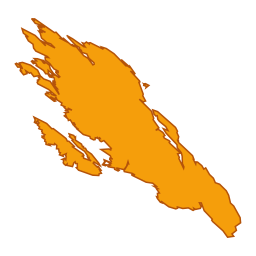 outline of Radøy nor, Norway
{"feature_id": "86288312B30857166423127", "entity_name": "Radøy nor", "entity_type": "district", "adm_level": 2, "iso_a3": "NOR", "parent_name": "Norway", "parent_adm1": "", "projection": "albers", "projection_center": [4.99, 60.666], "detail": "fine", "context": "isolated", "style": "filled", "palette": "amber", "viewbox_px": 256, "rotation_deg": 0, "n_neighbors": 0, "source": "geoboundaries", "source_scale": "gbopen_adm2", "svg_char_len": 5623}
<svg xmlns="http://www.w3.org/2000/svg" viewBox="0 0 256 256"><path d="M240.6,222.8L240.1,217.6L233.7,206.0L230.5,203.1L228.6,195.2L226.3,190.8L219.6,184.2L215.3,182.7L213.4,178.2L209.5,174.5L205.7,167.9L203.8,169.1L201.8,165.6L197.6,162.1L196.0,161.9L195.7,164.0L193.3,159.3L193.9,159.2L192.5,155.6L178.5,142.4L177.9,141.0L179.0,141.5L177.9,140.2L178.7,136.7L176.9,132.6L177.5,131.3L175.5,127.4L157.6,111.6L152.8,109.9L154.1,114.2L155.8,116.0L157.2,115.7L157.8,119.3L159.3,121.3L165.8,126.6L167.9,130.5L163.3,128.7L166.1,133.2L177.0,144.7L177.3,147.8L181.3,152.7L182.2,156.3L182.4,163.6L183.9,166.9L183.6,168.3L178.9,158.6L179.3,157.3L177.6,153.8L179.9,153.3L179.5,152.2L169.8,143.3L169.2,142.4L169.9,141.7L169.1,140.7L164.3,138.1L163.5,136.4L164.9,135.5L162.8,132.4L158.2,129.3L155.7,130.3L158.9,127.9L153.1,119.6L153.7,118.3L151.4,111.2L139.3,99.2L143.2,101.9L145.6,101.0L142.8,95.8L143.2,94.1L138.9,82.3L139.9,81.9L139.5,80.9L130.4,71.0L135.3,74.1L129.8,66.3L129.6,67.3L127.9,66.3L129.2,66.6L121.2,59.5L127.5,65.9L125.8,65.8L114.0,53.7L106.3,48.5L101.6,47.0L103.4,49.3L90.3,42.7L89.0,42.9L89.1,43.9L86.4,42.0L84.4,43.5L82.5,42.9L85.0,46.7L84.1,46.3L84.6,47.2L72.6,38.8L66.6,35.4L69.7,37.5L67.8,36.9L75.8,45.3L79.5,47.5L79.5,48.8L81.4,50.5L81.8,52.3L86.9,54.0L88.9,58.3L94.0,62.7L94.2,64.2L92.9,64.9L88.1,58.4L83.7,55.7L76.7,47.3L71.6,44.2L72.7,45.8L71.3,45.1L63.3,38.2L61.9,38.7L68.6,42.8L60.1,38.3L61.2,37.7L56.0,32.2L54.4,32.6L34.7,18.9L31.4,18.8L35.1,20.4L32.7,20.1L35.3,23.4L41.0,25.1L44.8,27.4L39.2,25.2L38.6,25.8L42.4,28.2L38.0,26.4L39.2,28.7L45.5,32.3L38.9,30.3L42.6,32.8L38.8,31.3L40.2,33.3L41.5,38.0L46.9,42.6L50.7,43.8L55.0,48.0L43.1,41.8L45.7,45.8L35.1,35.4L22.0,28.6L23.4,33.2L28.4,36.9L25.9,36.5L28.4,40.9L33.0,44.2L33.6,48.1L35.8,51.1L47.4,56.5L48.5,57.6L45.1,57.2L45.3,60.0L49.7,63.5L53.8,68.8L58.1,71.1L58.2,72.4L56.1,71.2L55.8,72.5L59.8,76.8L58.8,77.5L53.4,73.4L50.2,68.7L49.4,65.2L42.4,59.8L45.3,63.7L43.7,62.7L43.9,63.5L41.4,60.0L37.3,58.7L34.2,58.6L36.6,60.9L33.8,61.1L34.1,62.2L32.5,60.6L31.4,61.3L33.4,63.7L35.7,63.0L36.9,65.1L36.2,65.6L43.5,70.5L45.7,73.8L47.7,73.8L49.6,76.9L51.4,77.3L48.3,72.8L48.2,70.4L53.8,75.1L50.9,75.0L54.1,77.9L54.7,81.6L55.8,82.6L53.1,80.9L52.8,82.2L56.0,84.6L53.2,84.0L57.0,88.3L54.9,87.6L57.3,90.2L59.2,94.6L50.1,81.3L43.7,78.9L41.1,76.5L38.5,77.3L39.7,79.0L37.6,80.1L38.4,80.6L37.1,82.2L37.9,83.9L48.5,89.4L56.4,96.1L51.7,94.5L50.1,92.4L47.2,92.2L48.3,93.7L46.1,93.2L45.3,94.0L45.6,94.7L54.2,101.3L55.3,101.1L50.3,96.7L55.6,99.4L55.5,97.7L56.1,97.6L57.1,99.9L61.9,103.0L61.1,105.0L64.9,106.8L64.2,107.5L67.0,109.9L65.5,110.4L66.0,110.9L67.1,110.6L68.3,108.3L72.0,110.1L68.2,109.1L67.7,110.6L68.4,112.3L65.1,112.6L66.0,113.1L65.4,114.0L66.5,116.8L63.7,115.4L68.0,118.9L68.4,120.5L70.3,119.9L73.4,125.1L73.9,125.2L72.4,122.9L74.0,122.8L75.0,124.5L74.0,124.8L75.6,126.7L75.1,126.8L78.6,129.4L76.7,128.1L76.5,128.6L83.3,134.5L89.9,136.5L90.4,138.3L93.7,139.9L95.1,139.6L95.3,137.7L97.4,138.2L97.0,136.8L98.2,138.6L99.6,137.7L100.3,138.7L99.1,138.9L99.6,140.6L101.2,141.7L103.9,140.6L111.2,148.3L110.1,149.0L111.4,150.3L108.9,149.0L101.0,149.5L110.3,155.7L111.2,158.2L112.7,159.2L109.9,158.2L109.7,159.5L111.4,161.3L110.8,162.5L104.1,159.8L104.7,161.8L102.4,164.8L105.5,165.8L106.8,164.9L103.6,164.3L105.9,160.8L110.8,163.7L109.0,164.4L110.2,165.2L107.8,166.1L108.3,166.8L114.6,167.9L114.6,169.3L118.1,171.0L119.2,170.3L116.3,167.9L124.0,169.6L126.5,166.3L128.0,161.6L128.6,163.7L127.7,163.4L127.6,164.7L124.0,170.8L124.3,171.6L132.0,173.3L134.5,174.7L134.1,175.7L131.3,174.4L132.2,175.4L146.1,182.2L152.7,183.2L156.3,186.2L153.7,186.2L157.9,188.7L156.5,188.9L159.4,193.0L157.4,193.4L157.8,197.0L156.6,196.7L157.4,198.5L160.3,202.2L161.9,202.8L161.0,201.1L168.8,206.8L175.8,208.9L177.6,208.2L177.4,207.0L182.8,208.5L188.4,207.9L193.1,210.4L194.4,209.6L193.9,208.4L195.5,209.4L200.3,208.4L201.2,206.7L199.4,202.8L201.3,202.9L204.2,210.7L212.3,219.2L211.7,220.1L212.6,221.5L223.0,230.8L227.6,237.2L233.7,236.3L232.0,233.9L236.4,230.4L235.3,226.5L240.6,222.8ZM46.7,123.5L34.0,117.1L35.2,120.0L34.4,122.3L37.9,124.4L35.9,122.3L37.9,120.6L38.3,123.1L39.0,123.1L37.6,125.1L39.6,126.9L38.8,128.6L42.2,130.1L41.7,131.5L42.5,132.5L42.2,133.2L44.9,134.7L43.8,135.7L44.1,136.7L42.1,136.0L42.0,137.3L45.1,139.5L44.7,141.2L46.0,142.0L46.0,144.4L50.1,145.5L49.1,144.1L54.2,144.8L54.6,143.6L56.8,145.4L56.5,148.8L58.6,148.9L59.2,152.4L60.4,152.7L59.4,154.8L63.2,156.3L62.7,155.2L66.2,153.7L65.6,155.7L66.2,156.2L65.8,159.8L64.8,158.4L62.1,159.4L63.8,160.1L63.2,162.8L64.3,164.3L65.7,165.3L67.1,164.0L67.0,165.4L72.5,166.6L73.8,162.9L75.1,161.8L75.7,163.6L77.3,163.6L77.3,167.4L76.3,167.7L78.6,170.2L92.7,175.2L98.8,175.5L99.2,173.7L101.4,173.3L98.8,168.5L100.6,170.4L101.1,170.3L98.5,166.8L97.4,166.5L97.8,167.6L93.2,163.1L94.0,162.0L100.1,165.7L98.7,163.1L91.5,154.1L86.8,150.8L85.5,148.3L83.4,147.9L83.5,146.5L82.4,146.5L81.5,144.1L75.4,140.1L75.5,137.0L74.9,137.5L73.8,135.5L69.1,133.9L70.0,136.3L69.4,136.7L73.1,139.7L72.0,140.3L77.8,146.8L84.5,151.3L87.8,156.0L87.3,156.3L88.3,158.4L89.0,157.8L89.3,159.5L91.1,160.9L83.6,158.2L83.5,156.6L82.5,156.1L83.8,155.5L83.2,154.2L72.7,146.9L74.2,146.3L68.8,141.2L67.4,141.2L66.0,138.5L62.5,135.7L53.3,128.6L51.8,128.7L46.7,123.5ZM16.5,63.2L15.4,63.9L17.7,67.1L20.5,67.1L20.6,65.2L22.0,67.5L22.6,68.9L20.8,67.3L20.4,69.7L21.3,70.9L20.5,71.0L23.6,74.8L27.0,73.6L25.8,70.8L29.4,73.2L30.8,72.6L33.9,76.6L40.1,75.4L37.6,70.2L30.7,65.2L22.5,62.4L19.2,63.0L19.1,64.9L16.5,63.2ZM148.9,85.4L145.4,83.6L144.1,83.8L145.6,85.0L143.9,84.1L144.6,85.2L143.1,85.2L146.4,86.4L146.0,87.7L148.9,85.4Z" fill="#f59e0b" stroke="#b45309" stroke-width="1.5"/></svg>